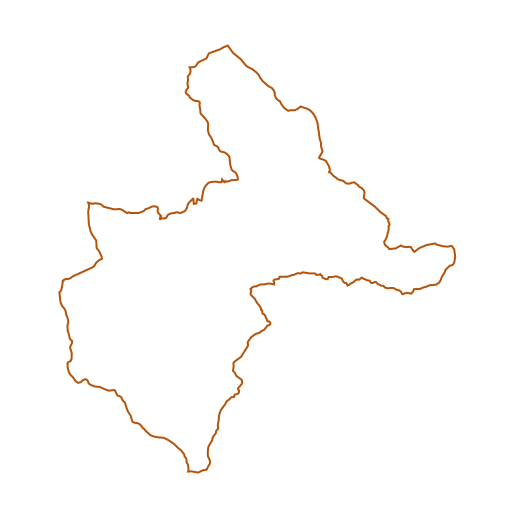 outline of San Gil, Santander, Colombia, rotated 86°
{"feature_id": "7082276B87231818219004", "entity_name": "San Gil", "entity_type": "district", "adm_level": 2, "iso_a3": "COL", "parent_name": "Colombia", "parent_adm1": "Santander", "projection": "mercator", "projection_center": [-73.117, 6.565], "detail": "fine", "context": "isolated", "style": "outline", "palette": "amber", "viewbox_px": 512, "rotation_deg": 86, "n_neighbors": 0, "source": "geoboundaries", "source_scale": "gbopen_adm2", "svg_char_len": 6082}
<svg xmlns="http://www.w3.org/2000/svg" viewBox="0 0 512 512"><g transform="rotate(86 256 256)"><path d="M44.1,269.5L45.5,273.9L47.2,277.1L50.4,288.5L51.5,289.5L54.5,291.0L55.5,291.8L58.7,300.0L62.5,303.0L63.2,304.8L63.2,309.1L65.3,308.4L67.1,308.4L69.5,309.2L72.2,311.5L75.5,311.5L79.4,312.4L83.3,311.8L85.8,314.0L86.9,314.6L88.3,314.6L89.2,314.2L91.6,311.5L93.5,310.8L95.8,308.2L97.0,306.0L97.4,302.8L98.5,301.6L99.5,301.4L102.0,301.9L106.1,301.4L109.9,301.4L115.9,296.7L119.1,294.8L121.1,294.5L127.2,295.2L131.2,294.5L135.0,292.4L139.6,290.7L142.1,290.2L144.5,286.4L147.1,285.6L148.6,284.7L149.4,283.6L150.4,280.3L151.6,278.6L153.9,276.4L155.4,275.6L162.8,275.4L167.9,274.4L169.7,273.0L170.4,271.7L172.1,270.2L175.1,268.9L178.3,268.7L178.8,269.9L178.6,275.2L179.5,277.8L179.8,280.4L179.1,281.3L180.1,282.4L177.3,284.5L180.0,285.2L179.8,287.6L179.0,290.7L179.0,295.4L179.6,298.2L182.5,301.4L184.6,302.8L187.5,304.1L197.0,306.5L196.6,308.1L194.9,310.5L195.8,311.0L199.2,311.7L199.6,312.2L199.3,313.6L199.7,314.0L199.6,314.4L194.5,314.5L194.4,314.9L198.6,319.7L200.0,320.5L203.2,321.5L205.9,323.5L206.6,324.6L207.8,328.2L207.6,329.8L206.9,331.2L206.8,332.6L207.2,333.5L207.7,338.5L208.8,341.0L211.9,343.1L211.8,344.0L212.2,345.2L211.8,347.1L212.6,348.8L212.4,349.2L211.6,349.2L210.5,348.8L209.6,347.9L205.9,350.7L204.4,351.0L202.2,350.6L200.9,350.7L199.9,351.5L199.3,354.9L199.4,356.2L201.2,360.8L201.3,362.6L203.4,364.9L204.9,370.1L204.3,378.6L203.5,379.6L204.3,381.5L200.9,386.0L199.6,388.4L199.6,394.1L196.3,404.4L193.9,406.7L192.8,409.4L192.1,413.6L192.5,414.4L192.5,415.7L191.1,419.7L193.4,419.0L194.9,419.1L200.1,420.3L212.6,420.5L219.5,419.4L223.0,418.1L229.4,414.3L237.0,414.4L240.2,412.2L245.7,410.1L248.0,409.8L249.1,412.6L251.4,415.7L254.1,417.7L255.4,419.0L256.2,420.6L263.2,439.3L265.7,444.1L265.8,447.9L266.5,449.5L267.3,449.7L267.3,450.5L267.8,450.7L270.2,450.9L276.7,452.7L278.6,454.7L288.9,454.2L292.3,452.9L294.8,451.0L297.5,449.8L302.0,449.3L303.1,448.7L307.3,447.9L309.9,448.0L312.2,449.0L318.1,449.0L320.1,448.3L325.6,447.5L327.8,445.5L328.4,445.4L330.4,445.8L333.4,447.6L334.8,447.8L339.8,446.6L345.6,447.1L347.8,448.2L348.9,450.8L350.1,451.6L354.9,451.6L359.4,450.5L361.6,449.4L364.0,447.2L368.3,444.7L370.1,442.4L369.8,440.1L367.9,437.5L367.0,435.4L367.4,433.7L369.4,432.2L371.3,431.9L373.0,430.0L375.0,425.7L375.7,421.1L378.9,415.1L380.1,412.2L379.8,407.3L380.1,406.1L384.8,404.3L385.9,403.2L386.4,401.8L387.5,400.2L390.8,399.1L393.1,397.0L398.3,395.8L402.4,394.5L406.7,392.1L412.1,391.0L413.1,390.4L414.1,388.0L414.4,386.2L415.4,384.1L416.9,382.6L419.9,380.8L420.5,379.8L422.9,378.1L427.5,373.7L429.1,370.1L430.3,365.1L430.8,361.3L431.2,360.2L433.3,356.6L438.1,350.5L442.3,346.9L444.6,344.4L448.9,341.4L450.8,341.3L453.2,339.7L457.1,339.6L459.0,338.5L463.0,338.2L465.2,338.3L466.3,338.8L466.3,335.5L467.8,329.7L467.9,328.6L465.8,323.1L465.9,320.9L465.5,320.0L464.1,319.4L460.2,316.7L459.1,316.3L456.7,316.3L452.4,317.9L449.4,317.9L445.0,317.3L442.6,316.6L436.6,312.5L435.0,312.2L432.5,310.9L430.3,308.6L427.8,308.0L425.7,305.9L421.1,305.8L418.3,304.9L413.3,304.1L411.0,303.5L407.1,301.7L401.6,297.0L398.7,295.2L397.1,292.5L395.2,290.5L395.1,288.2L394.8,287.5L393.4,287.4L392.8,286.7L392.1,283.5L391.5,282.9L390.0,282.3L389.0,282.3L388.0,283.2L386.6,283.0L382.1,278.6L379.2,278.7L378.2,279.2L374.3,283.9L370.8,285.4L368.9,287.0L365.2,286.1L360.9,285.9L359.2,283.8L355.7,278.1L345.5,270.6L344.2,270.1L342.5,270.4L340.8,269.9L336.4,266.2L333.7,261.6L332.7,257.7L331.3,255.7L330.2,253.0L326.2,249.4L325.8,247.4L324.6,246.4L323.0,246.7L322.3,247.3L321.9,249.2L320.2,249.5L317.5,250.8L316.5,250.7L314.7,252.0L314.2,253.2L313.0,253.6L310.6,253.8L310.0,254.8L308.6,254.7L305.9,255.9L303.1,258.1L298.3,260.4L294.6,263.7L293.6,264.1L289.7,263.1L288.6,263.9L287.1,262.1L286.2,259.7L286.4,258.0L284.9,254.5L284.7,252.8L284.9,249.3L284.4,246.8L284.4,244.1L285.6,239.9L283.4,239.7L282.0,240.3L281.3,239.8L280.8,239.2L280.5,235.1L280.0,234.4L278.9,234.3L278.3,233.8L278.9,226.2L277.5,221.2L277.3,219.0L276.0,215.7L276.6,212.5L275.5,210.7L277.1,203.8L277.5,198.6L277.8,197.9L279.1,197.0L279.1,194.4L278.6,193.2L279.5,192.7L280.2,191.7L282.3,191.1L284.1,187.7L283.8,185.9L282.0,185.0L282.4,181.4L281.8,178.0L282.1,176.6L284.4,172.1L287.6,170.8L288.9,169.5L289.4,167.7L291.9,166.8L291.3,164.9L290.5,164.2L288.9,160.6L286.5,157.5L286.8,154.8L284.9,152.0L286.4,150.0L287.0,148.3L287.7,147.7L288.6,144.3L290.6,143.4L291.0,142.7L291.1,141.3L290.2,139.5L290.2,138.3L292.5,136.4L294.5,132.7L294.7,131.0L296.5,129.5L297.6,126.1L297.2,124.6L297.5,121.5L297.9,120.4L299.2,118.7L300.0,116.9L300.0,116.1L301.6,114.0L304.0,112.9L304.4,112.3L303.6,110.3L303.4,107.3L304.4,103.7L302.4,101.8L300.1,100.7L300.3,94.8L299.1,91.5L298.6,88.5L297.3,85.0L297.2,78.4L295.2,75.0L293.0,73.5L290.1,72.2L285.1,68.7L283.1,68.0L279.3,63.5L278.7,60.5L277.5,59.4L275.3,58.4L270.3,57.3L262.9,57.9L260.1,59.7L259.5,60.6L260.1,63.9L259.4,68.5L257.3,74.9L256.0,76.4L256.8,83.9L257.5,86.8L259.6,92.7L262.9,97.8L262.3,98.4L257.8,101.0L257.5,101.7L257.7,104.5L257.1,107.9L256.8,108.9L255.6,110.6L258.2,116.3L258.4,122.5L257.1,123.3L253.7,126.7L250.8,127.2L248.6,125.5L245.8,124.1L238.5,121.7L235.6,121.7L234.2,120.6L232.5,120.8L230.3,121.7L228.2,121.4L227.7,122.7L225.4,123.4L221.0,128.7L214.9,134.1L206.5,143.9L205.1,144.5L202.5,143.7L199.7,143.3L198.2,143.8L195.7,145.6L194.1,148.2L192.5,149.2L189.4,152.9L189.5,155.1L190.4,157.7L189.9,161.0L187.1,163.8L186.1,167.0L185.1,169.1L183.0,171.1L181.8,172.9L177.5,176.3L177.7,177.1L177.4,177.3L175.8,176.3L173.3,176.6L171.2,177.1L166.1,179.6L164.8,181.6L163.3,185.3L162.3,186.3L156.4,182.3L151.1,183.5L147.8,183.2L143.6,184.3L135.2,184.8L132.5,185.2L127.7,185.3L122.9,186.6L119.3,188.2L116.9,189.8L114.7,191.7L113.0,194.0L110.0,201.0L112.2,204.2L113.3,207.4L113.0,211.2L113.4,213.7L111.5,216.1L109.7,218.0L106.1,220.2L103.6,221.2L100.5,224.8L97.1,226.0L94.4,226.0L92.9,226.3L89.8,228.2L87.1,232.2L82.0,237.2L78.0,239.6L75.9,240.4L73.0,242.7L69.4,246.6L66.6,251.3L64.8,253.1L58.9,257.2L51.8,264.7L44.1,269.5Z" fill="none" stroke="#b45309" stroke-width="2"/></g></svg>